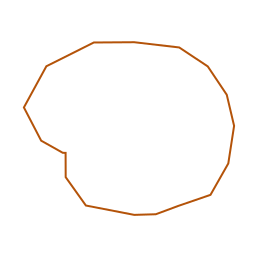 the district of Kaoze, Katanga, Democratic Republic of the Congo, rotated 5°
{"feature_id": "63176286B47747519497786", "entity_name": "Kaoze", "entity_type": "district", "adm_level": 2, "iso_a3": "COD", "parent_name": "Democratic Republic of the Congo", "parent_adm1": "Katanga", "projection": "orthographic", "projection_center": [29.779, -7.047], "detail": "fine", "context": "isolated", "style": "outline", "palette": "amber", "viewbox_px": 256, "rotation_deg": 5, "n_neighbors": 0, "source": "geoboundaries", "source_scale": "gbopen_adm2", "svg_char_len": 378}
<svg xmlns="http://www.w3.org/2000/svg" viewBox="0 0 256 256"><g transform="rotate(5 128 128)"><path d="M231.0,154.6L233.5,116.6L223.5,86.3L202.1,59.7L172.0,43.3L126.7,42.0L86.5,45.8L41.3,73.6L22.5,116.6L42.6,148.2L65.2,158.4L68.0,158.2L70.2,182.4L92.8,208.9L141.8,214.0L163.2,211.5L184.5,201.4L216.0,187.4L231.0,154.6Z" fill="none" stroke="#b45309" stroke-width="2"/></g></svg>